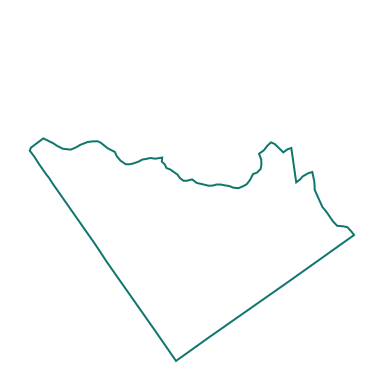 the district of Maripá, Paraná, Brazil, rotated 145°
{"feature_id": "56859067B39999283934615", "entity_name": "Maripá", "entity_type": "district", "adm_level": 2, "iso_a3": "BRA", "parent_name": "Brazil", "parent_adm1": "Paraná", "projection": "mercator", "projection_center": [-53.816, -24.473], "detail": "fine", "context": "isolated", "style": "outline", "palette": "teal", "viewbox_px": 384, "rotation_deg": 145, "n_neighbors": 0, "source": "geoboundaries", "source_scale": "gbopen_adm2", "svg_char_len": 1295}
<svg xmlns="http://www.w3.org/2000/svg" viewBox="0 0 384 384"><g transform="rotate(145 192 192)"><path d="M301.9,183.0L301.8,96.7L302.0,62.8L261.8,63.2L233.6,63.2L202.6,63.2L165.7,63.2L83.9,63.8L84.1,68.2L84.9,74.1L88.1,77.4L92.5,81.1L93.4,87.5L93.3,94.0L93.3,99.6L93.8,104.8L90.3,123.2L85.7,130.6L82.0,139.4L86.0,140.7L92.4,141.3L96.1,140.3L101.1,140.1L85.4,171.1L89.2,172.2L94.5,172.1L95.4,177.2L96.8,184.0L98.8,187.3L103.7,186.7L109.3,184.9L115.1,184.9L116.7,178.9L119.6,174.4L122.6,171.5L127.5,170.6L131.8,171.7L137.3,168.7L142.6,167.0L146.7,167.4L151.8,168.5L155.7,171.9L158.2,175.7L161.2,178.5L164.1,181.6L167.9,184.2L171.2,185.3L174.9,187.7L178.2,191.5L180.5,194.1L182.9,196.6L184.7,202.3L189.6,204.1L192.5,206.0L193.9,210.4L193.9,214.6L195.3,218.4L197.0,223.1L199.2,226.3L198.5,230.3L199.3,234.2L196.7,237.3L202.9,240.3L206.7,243.8L210.9,245.5L214.1,247.1L218.3,247.5L223.8,249.1L227.2,250.5L230.4,252.8L232.6,258.7L233.1,264.4L232.2,269.0L234.2,272.7L236.1,276.5L238.4,284.5L240.2,287.7L244.3,290.4L248.8,292.8L256.5,294.7L261.6,295.1L267.1,296.3L273.0,301.5L276.2,307.5L277.6,311.3L280.3,316.2L283.1,321.2L298.5,320.7L301.2,318.9L300.9,311.9L301.3,302.3L301.3,290.2L301.0,285.5L301.3,278.9L301.3,224.3L301.3,204.2L301.9,183.0Z" fill="none" stroke="#0f766e" stroke-width="2"/></g></svg>